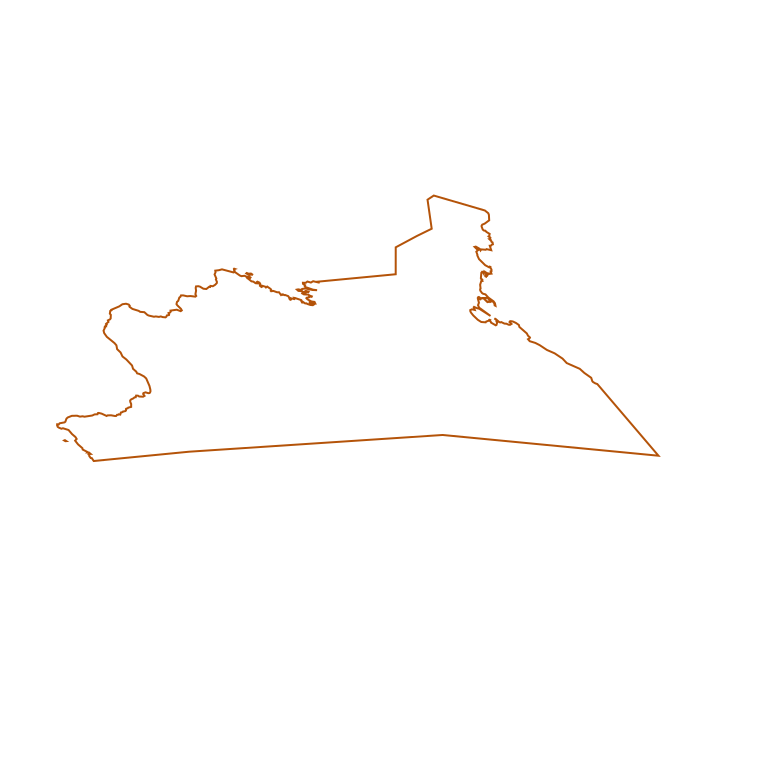 Reykjanesbær, Suðurnes, Iceland (Equal Earth projection), rotated 27°
{"feature_id": "244011B48140939724428", "entity_name": "Reykjanesbær", "entity_type": "district", "adm_level": 2, "iso_a3": "ISL", "parent_name": "Iceland", "parent_adm1": "Suðurnes", "projection": "equal_earth", "projection_center": [-22.621, 63.919], "detail": "fine", "context": "isolated", "style": "outline", "palette": "amber", "viewbox_px": 768, "rotation_deg": 27, "n_neighbors": 0, "source": "geoboundaries", "source_scale": "gbopen_adm2", "svg_char_len": 6167}
<svg xmlns="http://www.w3.org/2000/svg" viewBox="0 0 768 768"><g transform="rotate(27 384 384)"><path d="M574.1,287.2L571.9,287.5L569.2,287.3L568.3,286.9L565.8,284.4L557.5,283.2L551.5,281.6L537.3,282.4L531.5,280.3L522.1,279.2L513.7,279.7L505.0,278.7L500.2,278.7L494.4,279.7L492.0,278.7L492.9,277.3L493.0,276.4L492.7,276.2L490.4,275.6L488.3,274.1L478.7,271.7L477.4,270.2L473.9,269.7L470.4,269.8L468.3,270.5L467.7,271.1L467.7,271.8L470.3,272.6L469.5,274.0L468.2,274.6L465.7,274.7L463.9,275.5L460.4,275.6L459.6,276.4L458.6,276.5L454.1,275.4L452.6,275.4L457.1,276.6L456.3,277.5L456.9,277.7L457.4,280.4L456.9,281.0L451.5,280.7L450.8,280.0L449.3,279.7L449.5,278.8L449.0,278.8L448.6,279.1L448.7,279.9L446.7,282.0L446.6,282.9L442.5,284.6L438.4,284.2L432.4,282.4L429.1,280.9L427.9,280.0L427.3,279.0L428.5,277.5L431.3,276.8L429.1,274.9L429.2,274.4L432.7,274.2L434.7,273.7L448.0,275.0L434.1,272.8L432.0,271.1L431.7,268.5L429.3,265.8L430.0,265.1L432.3,264.6L428.5,264.5L428.5,263.9L429.0,263.4L431.8,263.8L433.5,262.4L439.0,264.1L440.0,263.3L439.6,263.2L438.8,263.8L433.6,262.2L437.2,260.3L441.6,261.9L441.0,262.7L441.3,262.8L442.8,261.0L443.8,261.2L445.7,262.1L446.9,263.7L447.8,263.7L446.2,261.7L444.1,260.6L437.7,259.6L433.7,258.1L431.3,258.6L429.9,258.4L427.4,257.1L426.6,255.9L426.7,255.1L424.6,251.9L424.0,248.5L424.9,247.5L423.7,247.0L424.0,246.4L422.3,245.8L420.2,240.6L421.0,239.3L422.8,240.4L422.6,239.9L421.4,239.3L422.8,238.8L423.3,239.2L422.9,238.6L424.0,238.9L423.7,238.3L425.1,238.5L424.4,238.7L425.6,238.4L425.0,239.4L425.7,242.0L426.2,242.0L426.0,241.2L426.8,240.8L426.8,238.8L429.6,236.9L428.1,235.8L427.9,235.3L428.6,235.1L428.6,234.7L427.7,233.1L426.2,232.3L425.8,231.4L424.9,231.4L424.5,232.3L420.2,232.2L412.0,229.6L408.8,227.1L408.6,226.5L406.2,224.2L407.0,222.0L408.0,220.9L407.5,220.8L406.3,221.9L402.5,220.7L403.4,219.9L407.4,220.1L408.5,220.3L409.4,221.1L409.6,219.9L413.7,218.2L414.1,217.3L418.8,216.1L415.5,212.8L416.5,212.2L416.8,210.9L417.6,210.1L416.5,208.6L415.2,208.5L414.7,207.9L412.1,207.1L412.9,206.5L411.8,205.7L412.0,205.4L410.4,205.0L410.9,204.5L410.4,204.0L410.0,202.3L406.2,202.0L404.7,201.4L403.6,201.9L401.9,201.6L399.4,199.3L399.1,198.6L399.2,197.4L400.9,195.4L403.4,190.4L400.7,185.7L399.4,184.5L395.1,183.6L342.8,193.5L339.1,200.0L356.0,224.0L346.1,237.2L332.4,256.9L344.6,280.9L278.2,323.1L280.7,323.0L274.2,324.6L272.8,326.8L269.2,327.5L268.3,329.4L265.8,330.6L266.3,331.5L268.9,331.8L268.8,332.7L270.0,333.3L277.9,332.2L281.8,330.8L277.6,332.7L270.5,334.6L267.9,336.5L268.1,337.6L264.6,338.6L263.6,339.4L265.4,339.9L267.6,339.0L270.2,338.6L271.1,338.2L272.0,336.6L274.9,335.9L274.9,336.4L273.2,337.1L272.7,338.5L270.1,339.8L270.0,340.4L272.0,340.5L275.9,338.7L277.5,339.0L279.9,338.7L279.9,339.2L277.5,339.9L277.9,340.7L275.9,342.3L275.9,342.8L277.4,343.3L281.9,343.4L284.8,342.4L286.1,343.4L280.8,345.1L281.2,345.8L285.2,345.4L284.8,346.1L282.5,347.0L279.3,347.5L278.4,347.3L277.2,348.0L275.6,347.8L274.0,348.6L273.3,348.1L274.2,347.6L272.7,347.4L272.2,346.8L265.6,347.8L265.3,347.9L265.9,348.2L265.5,349.1L263.0,349.6L262.7,350.0L262.9,350.8L262.3,351.5L261.3,351.1L262.1,350.0L259.9,349.9L258.8,349.2L255.4,349.6L254.8,350.1L253.2,350.0L252.6,350.4L253.6,350.6L252.2,350.9L251.9,351.5L248.8,349.9L247.1,350.8L243.2,351.3L241.3,352.6L240.8,352.4L241.0,351.5L239.9,350.8L235.7,350.2L235.0,351.6L234.0,351.2L230.2,351.9L230.1,352.5L231.0,352.9L230.8,353.2L228.8,352.8L228.2,350.9L227.0,350.2L224.7,350.3L224.5,350.7L226.0,351.6L223.8,352.5L221.1,352.1L219.3,352.7L216.0,352.0L215.5,351.5L214.5,351.9L213.9,351.6L215.0,350.6L216.6,350.3L216.7,349.7L216.2,349.6L212.4,350.8L210.6,350.9L208.1,352.6L206.4,352.8L200.1,351.9L198.5,349.5L198.8,349.2L198.1,349.3L198.0,349.6L199.5,351.6L199.6,352.5L199.3,352.9L187.6,355.4L185.3,357.5L182.2,359.6L183.2,361.0L183.3,363.3L186.7,366.1L186.7,367.1L188.8,368.9L189.2,370.0L188.5,372.3L187.1,374.6L184.8,375.4L185.0,376.5L184.0,376.9L182.6,380.0L179.8,381.1L175.8,380.8L174.1,381.2L172.2,382.4L172.6,383.9L174.2,386.2L175.2,389.6L176.7,390.8L176.3,391.8L171.6,393.5L168.8,395.2L164.9,396.2L162.9,397.2L163.0,398.7L162.4,399.9L162.9,403.3L162.3,404.8L162.8,407.0L164.0,407.7L168.9,409.2L170.4,410.2L169.8,411.4L165.6,411.9L160.5,415.5L161.1,416.2L161.0,417.3L159.8,418.6L161.0,419.6L161.1,420.2L159.4,421.5L159.5,422.9L159.1,423.8L156.3,424.9L154.5,425.1L153.0,426.4L150.0,427.4L148.5,428.5L143.4,429.8L141.9,429.9L137.9,428.8L134.0,430.4L132.2,430.2L125.8,431.3L122.5,430.8L122.0,430.6L121.9,429.7L120.5,429.1L117.7,429.6L114.7,431.7L112.9,435.0L107.3,441.7L107.7,442.1L106.9,443.2L107.8,445.8L109.2,446.4L110.7,449.7L110.5,450.8L109.1,452.7L110.3,453.8L109.1,456.5L110.0,457.0L109.5,457.9L110.2,458.8L109.2,459.5L109.3,460.3L109.8,460.6L109.9,463.8L111.6,465.7L115.6,467.8L125.3,469.9L128.0,471.0L130.4,474.1L135.0,475.5L138.5,478.2L143.2,479.1L151.1,481.9L153.5,484.4L157.7,485.5L159.2,486.6L161.5,486.1L166.7,486.2L169.6,487.0L175.9,492.2L178.3,495.0L179.2,496.4L179.4,497.7L179.2,498.5L178.1,499.2L175.3,499.7L173.8,501.3L173.9,502.2L176.0,503.3L175.1,504.7L171.5,506.3L170.0,506.1L168.4,506.9L168.8,508.5L167.8,509.1L167.2,510.6L165.7,512.5L165.3,513.9L166.0,515.1L167.8,516.6L169.1,519.2L166.8,521.2L166.6,522.1L165.6,522.9L165.4,523.4L166.1,524.7L165.9,525.5L163.9,527.1L163.8,527.7L162.5,528.9L162.9,531.0L161.3,531.5L161.1,532.1L160.1,532.7L159.9,534.0L159.0,534.6L155.0,535.8L151.9,537.5L151.4,538.4L145.9,538.6L142.9,539.3L142.3,539.8L142.5,541.0L139.9,542.5L138.4,544.5L132.0,549.1L130.1,549.6L127.9,551.1L124.9,551.6L120.3,554.1L117.4,557.4L116.8,559.0L117.2,562.2L116.8,563.2L112.8,566.3L112.5,567.9L111.1,568.2L111.3,569.0L112.7,570.3L113.9,570.5L116.9,570.3L118.0,569.2L123.8,568.2L128.9,570.3L133.1,571.3L135.1,572.5L134.5,574.7L138.8,576.7L144.4,578.1L145.3,579.2L150.4,579.2L151.0,579.3L150.9,579.6L152.1,579.0L154.3,579.5L151.8,580.9L153.4,580.7L154.1,582.0L156.3,583.1L157.3,582.7L160.3,584.4L241.1,532.8L459.4,402.8L661.1,323.3L574.1,287.2ZM215.6,347.0L216.9,346.5L216.9,346.2L215.3,346.0L213.3,347.2L211.3,347.4L211.1,348.0L214.5,348.1L215.6,347.0ZM126.9,579.1L125.2,578.9L124.7,579.5L126.1,579.6L126.9,579.1Z" fill="none" stroke="#b45309" stroke-width="2"/></g></svg>